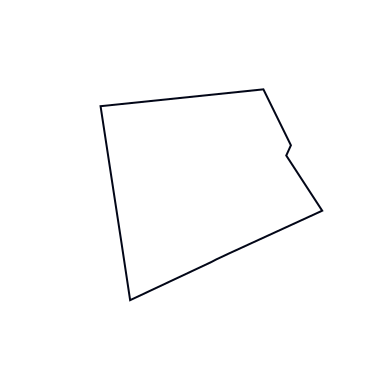 Lagoa de Velhos, Rio Grande do Norte, Brazil, rotated 300°
{"feature_id": "56859067B16682382459596", "entity_name": "Lagoa de Velhos", "entity_type": "district", "adm_level": 2, "iso_a3": "BRA", "parent_name": "Brazil", "parent_adm1": "Rio Grande do Norte", "projection": "robinson", "projection_center": [-35.857, -6.01], "detail": "fine", "context": "isolated", "style": "outline", "palette": "ink", "viewbox_px": 384, "rotation_deg": 300, "n_neighbors": 0, "source": "geoboundaries", "source_scale": "gbopen_adm2", "svg_char_len": 307}
<svg xmlns="http://www.w3.org/2000/svg" viewBox="0 0 384 384"><g transform="rotate(300 192 192)"><path d="M67.4,192.5L141.4,244.0L145.7,246.7L157.9,255.2L240.9,314.1L270.7,255.4L281.9,254.3L316.6,202.5L220.6,69.9L168.9,111.3L112.4,156.6L67.4,192.5Z" fill="none" stroke="#020617" stroke-width="2"/></g></svg>